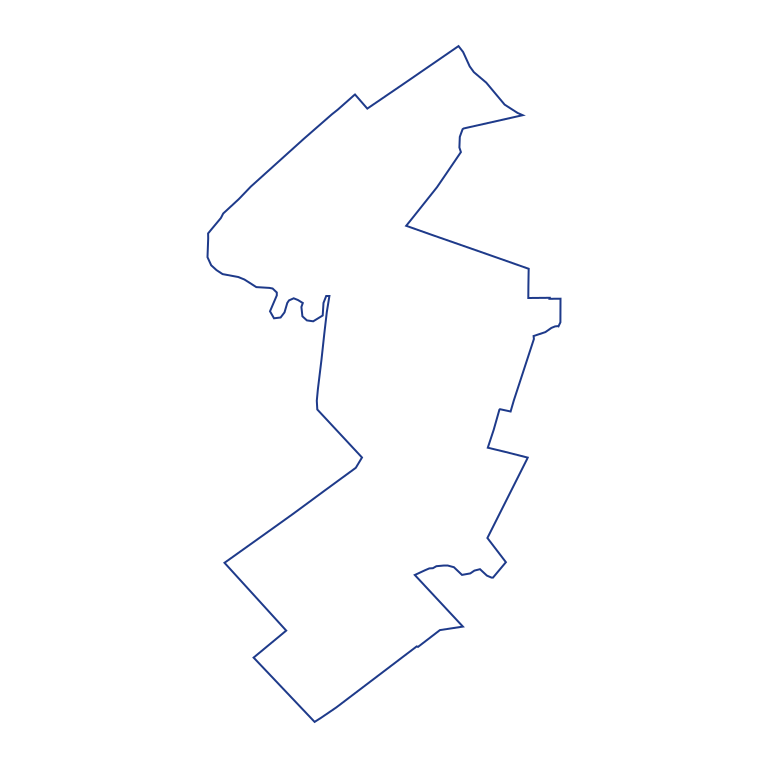 outline of Nenciulesti, Teleorman, Romania
{"feature_id": "2599482B65511789947174", "entity_name": "Nenciulesti", "entity_type": "district", "adm_level": 2, "iso_a3": "ROU", "parent_name": "Romania", "parent_adm1": "Teleorman", "projection": "robinson", "projection_center": [25.186, 44.017], "detail": "fine", "context": "isolated", "style": "outline", "palette": "blue", "viewbox_px": 768, "rotation_deg": 0, "n_neighbors": 0, "source": "geoboundaries", "source_scale": "gbopen_adm2", "svg_char_len": 1703}
<svg xmlns="http://www.w3.org/2000/svg" viewBox="0 0 768 768"><path d="M558.5,326.3L560.4,322.3L560.5,298.7L549.5,298.8L549.7,297.8L528.3,298.0L528.4,285.9L528.6,272.6L528.7,268.8L489.5,255.0L432.5,235.1L406.2,225.8L412.4,218.1L437.0,187.2L446.5,173.3L460.9,152.1L459.4,147.5L459.8,136.9L461.2,133.0L462.6,129.2L463.6,128.5L466.6,127.8L522.7,115.2L517.5,112.9L504.6,104.6L486.3,82.7L473.9,72.2L469.7,66.4L463.1,52.0L458.5,46.1L404.7,83.1L367.3,108.6L355.0,94.5L354.1,95.2L337.7,109.7L331.9,114.3L328.0,117.7L303.6,139.0L250.8,186.6L248.5,189.0L238.8,199.1L223.2,213.5L220.9,218.0L211.9,228.8L208.1,233.4L208.2,238.2L207.5,257.2L211.2,265.3L216.6,270.2L222.6,274.1L238.2,277.0L244.4,279.5L256.3,287.1L269.4,287.9L272.6,288.5L276.8,292.5L276.8,295.4L270.0,311.3L274.0,318.3L280.6,317.5L284.5,312.4L287.3,302.9L289.0,300.4L293.7,298.3L297.9,300.0L302.8,303.0L301.4,307.0L301.9,311.6L302.4,316.3L306.9,320.4L313.2,321.3L322.7,315.5L323.5,302.9L326.2,296.0L329.4,296.0L326.8,312.1L324.3,333.7L321.5,359.5L317.9,389.1L316.8,400.7L317.3,409.5L362.0,457.5L355.8,467.8L324.9,490.4L294.1,513.1L268.4,531.5L224.5,562.8L286.2,630.6L253.6,657.6L314.6,721.9L320.6,718.1L336.2,707.5L349.5,697.4L406.8,653.9L416.7,646.4L418.0,646.9L439.9,630.1L462.9,626.6L414.8,575.0L424.9,570.3L429.3,568.4L432.9,568.2L436.4,566.2L444.2,565.5L447.6,565.5L453.9,567.2L462.0,574.9L470.3,573.4L474.4,570.6L480.0,569.2L486.9,575.6L491.5,577.6L493.0,577.6L505.9,562.2L487.4,538.0L527.0,459.2L527.7,457.6L505.6,452.0L487.8,447.7L493.7,429.8L499.4,409.7L500.0,409.2L510.6,411.5L513.8,400.5L519.4,383.4L533.9,339.0L533.6,336.0L545.4,332.1L551.4,327.9L555.1,326.4L558.2,326.1L558.5,326.3Z" fill="none" stroke="#1e3a8a" stroke-width="2"/></svg>